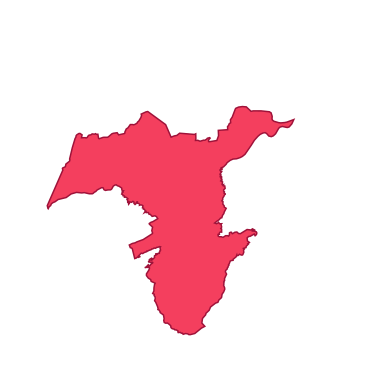 Purificación, Tolima, Colombia, rotated 53°
{"feature_id": "7082276B94400039413071", "entity_name": "Purificación", "entity_type": "district", "adm_level": 2, "iso_a3": "COL", "parent_name": "Colombia", "parent_adm1": "Tolima", "projection": "equal_earth", "projection_center": [-74.879, 3.877], "detail": "fine", "context": "isolated", "style": "filled", "palette": "rose", "viewbox_px": 384, "rotation_deg": 53, "n_neighbors": 0, "source": "geoboundaries", "source_scale": "gbopen_adm2", "svg_char_len": 6104}
<svg xmlns="http://www.w3.org/2000/svg" viewBox="0 0 384 384"><g transform="rotate(53 192 192)"><path d="M306.7,274.9L306.4,266.4L307.0,262.6L302.6,263.0L299.3,259.7L298.3,255.0L297.3,253.9L296.8,249.5L295.0,246.4L294.9,240.1L295.7,237.7L294.4,235.5L294.2,232.6L293.9,231.7L291.8,229.6L290.9,226.9L289.4,224.4L288.2,223.6L285.5,222.9L284.7,221.9L283.6,221.3L283.2,220.5L282.5,220.3L282.4,219.3L280.7,218.1L278.4,213.8L275.9,213.4L274.9,212.3L274.7,210.3L273.9,209.5L273.8,208.6L273.1,207.9L272.6,206.5L272.0,206.5L271.7,205.4L270.2,203.1L270.4,201.9L271.3,200.3L270.5,199.6L270.3,195.7L269.3,194.1L270.0,194.4L270.5,193.2L270.3,191.6L272.1,190.5L272.6,189.8L272.6,189.1L271.3,186.9L269.3,185.7L269.1,184.6L268.0,184.8L268.9,182.3L268.0,181.4L267.5,178.3L266.9,178.5L266.8,176.5L264.5,177.2L261.8,175.6L261.6,173.5L262.4,172.2L263.0,167.6L264.9,167.9L264.8,166.2L263.8,164.9L262.6,164.6L261.2,165.5L260.6,165.1L260.1,166.6L259.4,167.3L259.1,166.9L259.3,165.2L257.8,165.9L257.8,167.8L255.1,170.6L254.4,178.4L253.2,179.8L251.0,180.2L249.9,182.0L249.7,184.7L249.3,185.0L247.9,184.7L247.3,185.5L247.2,186.7L248.9,188.1L249.1,188.9L249.1,189.6L248.4,189.7L247.1,191.5L246.9,194.5L245.4,195.5L244.1,197.2L242.9,197.6L241.6,196.7L242.2,195.7L241.7,195.6L241.0,194.3L241.0,193.5L241.9,192.5L239.5,190.7L238.5,191.0L238.3,190.0L237.5,189.2L235.3,188.3L235.1,187.5L234.0,189.0L232.1,189.1L232.4,190.1L232.1,191.5L230.4,192.6L230.3,189.1L230.5,186.9L230.0,185.0L230.5,183.7L229.0,181.6L228.4,179.6L227.4,178.3L225.6,174.5L223.5,175.3L222.3,174.6L220.4,174.7L218.2,173.0L217.0,173.5L216.5,172.0L215.3,171.1L214.6,169.0L213.9,168.1L213.8,166.8L213.2,166.5L212.1,167.1L211.3,166.0L210.5,166.3L209.3,165.4L209.1,163.4L206.9,162.2L206.0,163.2L205.1,162.3L204.9,163.3L204.2,163.5L202.3,161.5L200.4,162.4L200.2,161.8L200.9,161.3L199.9,160.5L199.0,160.6L198.6,159.9L198.1,160.3L197.5,159.3L196.7,160.2L195.9,158.6L195.1,159.2L194.6,158.9L193.5,155.8L193.2,155.8L192.7,156.7L191.3,156.5L191.1,155.7L192.0,154.4L191.8,154.0L190.6,154.6L190.2,154.2L190.9,151.8L190.4,148.1L189.7,146.3L189.7,142.4L190.4,139.4L192.3,136.4L193.5,132.8L193.9,130.4L193.8,127.0L190.3,116.5L188.2,111.0L187.2,105.8L187.0,102.8L187.6,99.9L188.6,97.9L190.3,97.2L193.5,97.0L195.5,95.4L196.1,93.3L195.8,90.2L193.3,84.4L193.2,82.5L194.1,80.3L197.2,77.7L198.0,76.8L198.5,75.2L197.7,71.3L195.4,67.1L193.3,74.1L192.3,76.2L190.2,79.6L188.7,81.1L184.8,84.0L183.0,84.5L181.8,84.1L179.8,82.4L176.4,81.2L174.5,81.9L168.9,87.9L164.1,94.2L163.1,96.3L156.7,97.4L154.1,100.3L152.2,103.7L151.5,106.7L151.8,107.5L156.4,114.8L157.4,117.8L160.0,119.5L159.8,121.0L160.9,122.9L161.1,124.2L163.7,126.0L158.6,133.9L163.1,137.0L165.8,141.2L162.4,147.7L161.7,148.4L160.4,147.4L159.9,145.1L159.2,145.2L158.3,147.4L158.6,148.5L158.4,150.6L157.6,151.5L156.3,155.0L154.3,156.2L152.9,158.2L151.7,156.8L147.8,154.0L147.5,155.4L137.6,166.5L137.7,170.0L136.5,172.5L135.6,175.7L122.3,172.5L101.1,178.9L100.3,180.6L99.2,185.7L100.5,186.2L101.8,188.1L103.3,191.8L103.4,193.5L103.9,194.3L103.7,196.8L103.1,198.3L102.4,198.8L101.0,200.7L102.2,204.5L102.1,206.6L103.7,209.5L104.5,210.1L104.6,210.9L102.2,216.2L99.6,216.1L97.7,219.6L97.3,221.0L97.6,225.1L97.5,226.5L94.9,230.0L93.6,234.1L92.9,234.3L89.2,232.4L88.4,233.7L87.4,233.9L87.1,235.1L85.5,236.8L85.5,238.4L84.6,240.0L84.8,241.6L85.4,242.8L85.1,244.1L84.3,244.6L82.2,247.6L80.2,245.4L77.8,246.2L77.2,247.2L77.0,249.4L77.2,250.5L78.5,252.0L78.8,253.0L84.5,260.8L92.1,270.0L92.8,270.1L93.7,271.3L93.8,275.9L95.6,277.9L95.0,280.9L95.3,281.4L96.8,282.0L115.8,315.8L118.3,316.9L118.8,316.9L117.8,314.9L117.8,313.1L116.8,311.4L116.8,309.6L117.4,307.1L117.4,303.5L120.7,295.8L120.8,289.7L122.8,284.5L126.4,280.6L127.7,278.4L131.5,275.2L133.4,272.7L133.6,271.9L133.4,270.0L133.7,268.7L133.3,266.4L134.1,261.7L135.0,260.5L137.2,260.9L138.6,260.2L139.7,258.0L141.3,255.7L141.3,254.4L139.9,251.2L140.1,249.3L140.8,248.1L142.0,247.9L143.5,246.8L146.5,245.8L148.2,246.8L149.0,246.8L149.7,246.1L149.8,246.7L150.5,247.0L150.0,247.9L151.0,248.5L151.3,249.4L153.0,248.9L153.5,249.3L154.5,248.4L155.5,249.1L156.2,248.0L158.7,247.2L159.0,247.6L159.0,248.5L159.9,248.4L161.6,249.6L161.9,249.5L161.8,248.7L163.6,249.9L163.4,248.9L162.5,247.7L163.9,246.4L163.9,244.8L165.2,244.4L166.1,245.2L167.7,245.0L167.7,244.2L166.7,242.1L167.0,241.6L167.9,242.5L169.1,241.4L170.5,241.3L171.0,241.9L171.4,240.8L172.2,239.9L173.6,239.5L174.8,241.1L175.8,240.5L176.3,241.1L177.3,240.5L178.7,240.6L179.2,240.9L179.8,242.3L180.0,240.4L180.9,240.9L182.2,239.2L184.0,239.7L184.7,238.8L187.5,238.5L188.7,235.9L190.4,235.2L192.7,235.4L192.1,241.2L191.5,242.9L191.4,245.1L192.0,245.4L196.3,244.6L198.7,247.4L201.1,248.2L201.4,249.1L200.6,259.6L198.6,266.2L198.4,267.9L197.2,270.6L196.6,274.0L199.3,274.8L200.6,273.9L201.5,273.9L210.7,277.8L211.2,276.3L211.2,274.6L212.0,274.1L212.3,272.6L212.0,272.6L211.7,273.8L210.9,273.5L210.3,269.4L211.5,268.4L211.6,266.6L212.4,264.1L212.0,263.6L212.6,262.9L212.5,262.3L213.5,259.2L213.3,258.5L213.8,257.7L214.0,256.0L215.0,254.9L215.0,253.4L215.7,252.4L215.9,251.0L216.8,250.1L217.3,251.1L219.5,252.1L219.5,252.8L220.3,253.5L220.4,254.4L221.3,255.0L219.6,258.2L220.0,258.5L220.9,256.8L220.4,260.1L220.5,260.6L221.8,261.3L222.2,265.1L221.0,264.7L220.6,263.4L220.3,266.7L220.7,267.1L221.3,266.9L221.4,268.5L221.8,268.7L223.6,267.1L224.4,265.8L224.9,265.9L225.0,266.4L224.9,268.1L225.5,269.8L224.9,270.6L223.8,270.7L224.3,273.6L224.0,275.3L225.2,273.0L225.4,271.9L225.8,272.4L226.5,271.4L227.3,271.8L228.4,273.5L230.0,277.7L231.4,278.7L234.6,278.7L237.0,277.7L238.8,278.4L242.7,276.3L243.3,277.6L245.6,280.0L248.1,282.0L249.4,284.5L251.0,283.7L251.9,284.6L253.5,284.6L255.0,285.5L256.3,287.3L258.1,287.3L262.9,288.5L264.6,289.2L265.3,290.0L266.2,289.4L268.5,289.5L269.1,290.0L273.0,288.8L276.4,290.5L277.6,291.9L279.5,292.7L280.9,292.0L282.0,290.4L284.2,289.8L285.9,289.5L287.7,290.4L289.2,290.1L290.8,288.8L291.7,288.7L292.9,287.4L294.7,286.8L295.3,287.5L296.0,287.6L297.0,285.9L298.3,285.5L299.1,284.6L300.3,284.7L301.2,282.3L302.7,280.8L303.9,280.4L304.8,279.4L306.7,274.9Z" fill="#f43f5e" stroke="#9f1239" stroke-width="1.5"/></g></svg>